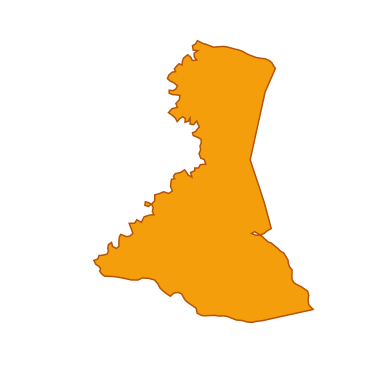 Rincão, São Paulo, Brazil, rotated 255°
{"feature_id": "56859067B73201161299146", "entity_name": "Rincão", "entity_type": "district", "adm_level": 2, "iso_a3": "BRA", "parent_name": "Brazil", "parent_adm1": "São Paulo", "projection": "natural_earth1", "projection_center": [-48.011, -21.577], "detail": "fine", "context": "isolated", "style": "filled", "palette": "amber", "viewbox_px": 384, "rotation_deg": 255, "n_neighbors": 0, "source": "geoboundaries", "source_scale": "gbopen_adm2", "svg_char_len": 2781}
<svg xmlns="http://www.w3.org/2000/svg" viewBox="0 0 384 384"><g transform="rotate(255 192 192)"><path d="M47.2,278.6L52.8,275.6L57.0,276.0L61.9,278.0L66.3,278.0L69.2,275.6L72.1,273.1L75.9,268.9L78.3,266.8L81.7,266.0L85.2,266.8L87.8,267.6L91.1,268.5L94.3,266.9L98.1,266.6L101.1,267.1L105.5,266.0L109.5,264.8L112.0,262.0L115.1,260.5L118.8,257.7L122.3,255.3L123.9,252.7L126.7,250.9L130.0,248.8L132.8,246.6L133.4,251.1L134.8,253.9L136.2,259.1L162.5,259.1L181.1,258.1L208.0,256.5L269.7,288.5L289.7,304.5L292.3,303.6L296.2,302.6L299.3,300.3L302.0,296.8L303.2,293.3L305.4,288.7L309.0,283.6L310.9,281.2L312.9,279.1L315.1,276.9L317.3,273.5L319.1,270.2L321.1,266.8L322.9,263.7L324.4,260.3L325.6,254.7L326.2,250.4L329.0,246.6L331.0,243.8L332.8,240.8L336.8,236.4L334.1,233.7L333.2,230.3L328.7,229.9L327.0,234.3L325.4,229.9L322.0,229.2L318.2,230.6L318.9,226.4L322.4,225.7L325.7,223.4L323.6,218.6L320.7,216.5L317.3,215.3L319.2,212.7L317.6,209.7L315.4,206.8L312.5,207.3L312.9,203.8L311.0,199.9L308.0,197.6L305.0,199.5L302.2,202.8L298.2,205.4L295.7,203.0L294.8,200.0L296.2,196.3L293.5,195.5L291.2,198.2L290.1,201.5L288.4,205.3L284.4,203.6L281.6,199.3L277.5,199.8L277.7,194.3L274.8,189.8L270.7,193.2L267.6,195.1L263.9,195.9L265.9,199.0L267.1,202.6L264.8,204.5L261.2,203.3L261.3,206.6L263.8,209.2L258.1,207.8L256.6,211.0L259.3,214.8L255.8,215.3L253.1,216.0L251.4,213.4L249.5,211.1L249.1,207.8L246.2,207.8L243.7,211.2L240.7,214.4L237.3,213.7L234.3,211.6L230.7,211.3L227.1,208.7L222.4,209.2L220.2,212.2L215.3,212.5L216.3,207.1L213.5,204.5L214.5,200.9L211.8,200.1L211.3,195.7L206.4,195.7L209.3,192.7L212.3,191.8L215.3,190.6L213.8,185.9L214.1,180.5L211.9,178.1L209.3,178.7L209.6,175.5L206.2,173.9L203.0,172.7L198.0,173.2L196.7,169.0L199.6,164.6L198.9,160.2L198.9,155.3L193.2,153.7L190.7,149.8L187.0,150.5L183.4,148.6L179.9,149.3L180.7,144.9L180.4,139.3L175.8,135.2L179.5,131.5L176.7,128.5L178.0,123.2L171.4,123.9L167.4,124.2L165.4,120.5L165.9,117.1L167.8,114.5L169.5,112.1L167.2,110.1L162.9,108.5L158.4,107.3L157.1,104.3L159.9,101.2L164.1,101.2L162.8,97.6L159.4,96.1L156.5,95.9L154.0,94.0L154.1,89.2L154.7,85.7L151.7,83.6L151.3,79.5L147.0,80.4L144.3,82.8L141.6,83.9L139.4,82.3L136.0,83.7L133.4,85.7L131.4,92.1L129.3,97.6L126.6,103.3L122.8,110.5L121.0,116.9L121.8,121.8L119.9,127.6L116.7,133.1L111.5,135.5L107.5,136.2L103.4,138.8L99.9,141.4L96.9,144.2L99.1,148.4L98.5,152.7L96.4,155.6L91.7,156.7L88.7,157.7L85.8,159.8L78.8,165.9L73.6,165.6L70.2,169.4L69.0,172.6L68.2,176.7L66.9,182.2L65.3,185.7L64.1,190.8L62.2,194.6L59.6,198.0L56.8,201.9L54.9,207.2L52.2,211.6L50.5,216.3L50.4,220.5L49.5,226.7L47.2,278.6ZM132.8,246.6L133.7,242.4L136.5,238.7L137.5,242.3L132.8,246.6ZM190.7,149.8L192.9,147.4L194.6,144.4L191.3,143.0L189.4,146.1L190.7,149.8Z" fill="#f59e0b" stroke="#b45309" stroke-width="1.5"/></g></svg>